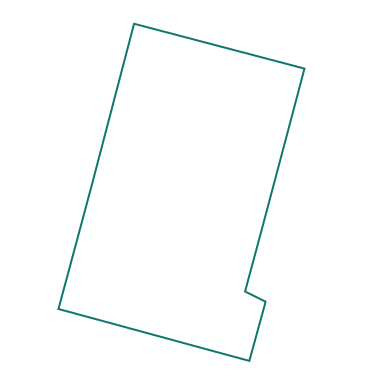 Stone, Mississippi, United States of America, rotated 285°
{"feature_id": "52423323B58582315603742", "entity_name": "Stone", "entity_type": "district", "adm_level": 2, "iso_a3": "USA", "parent_name": "United States of America", "parent_adm1": "Mississippi", "projection": "albers", "projection_center": [-89.176, 30.779], "detail": "fine", "context": "isolated", "style": "outline", "palette": "teal", "viewbox_px": 384, "rotation_deg": 285, "n_neighbors": 0, "source": "geoboundaries", "source_scale": "gbopen_adm2", "svg_char_len": 358}
<svg xmlns="http://www.w3.org/2000/svg" viewBox="0 0 384 384"><g transform="rotate(285 192 192)"><path d="M44.4,93.3L44.3,132.8L43.8,255.4L43.7,291.1L87.8,291.4L101.9,291.5L105.1,291.4L109.6,269.0L178.1,269.1L274.5,268.9L340.3,268.7L340.1,224.7L339.5,92.5L175.7,93.4L154.3,93.4L136.4,93.4L44.4,93.3Z" fill="none" stroke="#0f766e" stroke-width="2"/></g></svg>